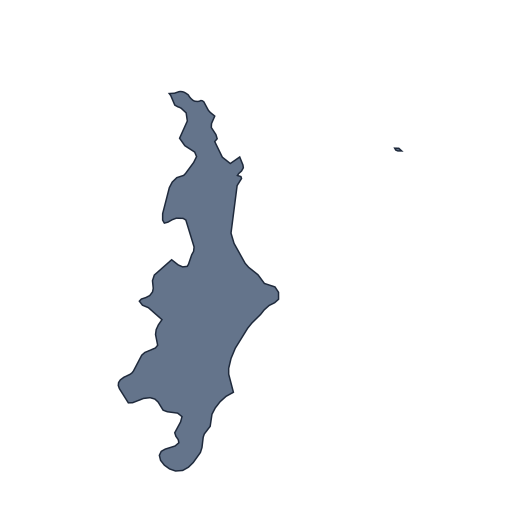 Latina, orthographic projection, rotated 252°
{"feature_id": "ITA-5426", "entity_name": "Latina", "entity_type": "Province", "adm_level": 1, "iso_a3": "ITA", "parent_name": "Italy", "parent_adm1": "", "projection": "orthographic", "projection_center": [13.255, 41.249], "detail": "fine", "context": "isolated", "style": "filled", "palette": "slate", "viewbox_px": 512, "rotation_deg": 252, "n_neighbors": 0, "source": "natural_earth", "source_scale": "10m", "svg_char_len": 2061}
<svg xmlns="http://www.w3.org/2000/svg" viewBox="0 0 512 512"><g transform="rotate(252 256 256)"><path d="M401.8,260.0L395.7,254.6L392.0,253.2L383.8,255.4L379.5,255.3L377.6,252.1L360.4,254.5L351.9,260.1L355.2,271.1L346.5,271.7L343.8,271.2L341.3,268.5L339.7,264.9L338.3,263.2L336.2,266.2L334.2,266.2L328.8,259.8L285.5,239.3L274.8,239.0L252.4,243.4L247.5,245.5L237.5,252.1L227.3,255.5L220.7,264.5L214.5,266.2L207.9,264.1L205.8,259.3L204.9,253.2L202.2,247.1L199.0,242.3L193.6,231.5L190.0,225.9L174.7,207.8L166.3,200.6L157.6,195.3L152.0,193.5L133.4,192.4L131.8,184.2L128.5,176.8L124.1,170.3L119.1,165.2L108.2,159.8L102.7,151.8L100.0,149.8L90.5,145.4L86.3,142.4L79.0,132.5L76.0,126.5L74.7,120.0L76.4,113.0L80.2,108.0L85.4,104.2L91.1,102.1L96.3,102.5L99.5,105.5L100.4,110.0L100.3,120.3L102.2,124.9L105.4,125.3L109.3,124.1L113.0,124.1L121.5,133.0L126.1,136.0L130.8,132.9L135.3,123.5L138.1,120.0L147.3,117.8L151.2,115.6L154.0,111.5L155.3,105.0L154.6,93.3L155.8,89.2L172.0,85.1L175.4,85.0L178.1,86.2L180.1,88.7L181.5,92.8L182.4,99.8L183.2,102.0L184.4,103.8L197.0,116.7L198.6,120.5L199.6,131.9L201.5,134.9L212.4,136.2L216.8,138.3L220.7,141.9L224.5,146.9L240.1,137.7L244.3,132.8L249.1,131.1L250.5,133.7L250.5,138.3L251.2,142.7L253.8,146.5L257.0,148.3L264.5,149.9L269.3,153.4L278.5,174.6L271.5,179.3L268.3,182.9L267.4,187.4L269.1,189.3L277.0,195.2L279.7,198.1L283.7,199.9L311.9,200.4L314.3,198.3L316.6,191.9L316.4,187.5L315.4,182.7L315.6,179.0L319.0,178.3L325.1,180.3L347.8,194.7L352.2,199.2L355.0,204.9L355.0,212.1L356.2,214.4L364.2,225.6L368.9,230.2L373.8,229.8L382.9,222.4L391.6,219.7L405.6,232.4L413.7,233.8L419.6,230.5L420.9,229.3L422.0,227.8L424.6,225.4L435.0,224.5L437.3,223.7L436.0,228.8L436.1,233.4L435.9,234.7L435.4,235.9L434.8,237.1L433.9,238.3L432.5,239.6L430.3,241.3L427.7,242.0L425.8,242.8L423.6,244.1L422.2,245.5L421.0,248.2L420.7,249.9L420.9,251.6L420.2,252.9L418.8,254.0L409.3,255.7L406.8,256.8L401.8,260.0L401.8,260.0ZM312.1,423.4L313.5,421.7L315.7,421.2L314.3,425.1L310.9,427.0L312.1,423.4Z" fill="#64748b" stroke="#1e293b" stroke-width="1.5"/></g></svg>